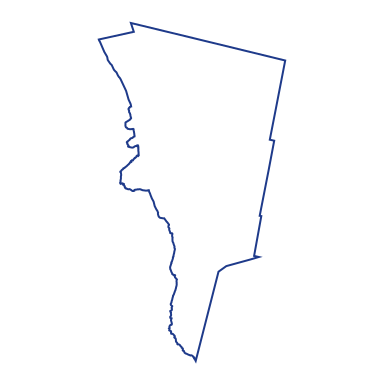 Belgrano, Santa Fe, Argentina (Equal Earth projection)
{"feature_id": "61730980B4652577007654", "entity_name": "Belgrano", "entity_type": "district", "adm_level": 2, "iso_a3": "ARG", "parent_name": "Argentina", "parent_adm1": "Santa Fe", "projection": "equal_earth", "projection_center": [-61.815, -32.699], "detail": "fine", "context": "isolated", "style": "outline", "palette": "blue", "viewbox_px": 384, "rotation_deg": 0, "n_neighbors": 0, "source": "geoboundaries", "source_scale": "gbopen_adm2", "svg_char_len": 5968}
<svg xmlns="http://www.w3.org/2000/svg" viewBox="0 0 384 384"><path d="M285.2,60.5L193.3,38.1L130.9,23.0L133.8,31.8L98.8,39.5L99.1,40.4L100.0,41.9L104.3,51.9L107.0,56.5L107.3,57.4L107.7,59.8L108.3,60.8L110.3,63.7L111.7,65.0L113.9,69.7L115.4,71.4L116.1,72.0L116.5,72.4L117.9,75.4L119.0,77.1L119.6,77.6L120.6,79.2L126.1,90.9L128.6,99.6L130.5,103.7L130.9,105.1L131.1,106.3L130.8,106.3L130.5,106.8L129.8,107.0L129.5,107.7L129.1,107.8L128.8,108.4L128.6,108.6L128.5,108.9L128.5,109.2L128.7,109.4L128.7,109.9L129.1,110.5L129.1,110.8L129.1,112.0L129.3,112.5L130.0,113.4L130.1,114.2L130.3,114.5L130.4,114.9L130.4,115.8L130.6,116.3L130.9,117.6L131.1,117.9L131.1,118.3L130.7,118.8L130.4,118.9L130.2,119.3L129.6,120.0L128.8,120.4L128.5,120.5L128.1,120.9L125.7,122.3L125.4,122.9L125.5,123.9L125.4,125.4L125.6,126.5L125.9,127.2L126.2,127.5L126.6,127.6L127.2,128.1L127.4,128.6L127.7,128.8L129.8,129.2L130.9,129.2L133.2,128.9L133.6,129.2L133.6,130.7L133.9,131.4L134.0,132.0L134.1,132.8L134.3,133.8L134.3,134.4L134.6,136.1L134.5,136.5L133.7,136.7L133.4,136.9L132.8,137.6L132.2,138.0L131.7,138.1L131.2,138.3L130.9,138.3L130.6,138.5L130.0,139.1L129.9,139.5L128.0,141.1L127.3,141.6L127.0,141.9L126.8,142.2L127.0,142.7L127.4,143.1L127.2,143.4L127.5,144.4L127.8,144.7L128.5,145.5L128.2,146.1L128.1,146.5L128.4,146.8L129.3,146.9L129.9,147.2L130.4,147.2L131.2,147.5L132.7,147.6L133.6,147.3L134.4,146.6L135.4,146.1L135.9,146.0L136.6,146.1L136.9,145.5L137.3,145.3L137.9,145.3L138.3,146.2L138.1,146.5L138.1,147.0L138.4,147.5L138.2,148.1L138.3,148.7L138.5,149.0L138.3,149.6L138.3,150.3L138.4,150.9L138.4,151.6L138.6,152.1L138.5,153.3L138.7,154.0L138.7,154.3L138.4,154.7L138.4,154.9L138.7,155.4L138.5,155.7L138.3,155.9L137.9,155.5L137.4,155.5L136.9,155.7L136.5,156.2L136.6,156.6L136.3,156.9L135.6,157.5L135.4,157.8L134.8,157.8L134.6,158.0L134.5,158.5L133.6,159.2L133.0,160.3L132.8,160.5L132.7,160.5L131.9,160.3L131.4,160.9L131.1,161.0L131.3,161.8L131.3,162.0L131.1,162.1L130.8,161.9L130.4,162.0L129.9,162.6L129.7,163.2L129.0,163.8L128.9,164.1L128.6,164.4L128.1,164.7L126.6,166.2L125.9,166.7L125.6,167.0L125.3,167.1L124.4,168.1L124.2,168.2L123.5,168.2L123.2,168.6L122.9,169.3L122.0,169.8L121.6,170.2L121.2,171.0L120.5,171.4L120.3,171.7L120.3,172.0L120.9,172.6L121.1,174.1L121.2,175.1L120.9,176.3L120.9,177.0L120.9,178.5L120.9,178.8L120.5,180.4L120.6,180.8L120.6,181.3L120.4,182.2L120.2,182.4L120.3,182.7L120.2,183.1L120.3,183.5L120.8,183.9L121.9,183.3L122.3,183.3L122.5,183.5L122.9,183.6L122.9,184.2L123.0,184.4L123.4,184.0L123.7,183.9L123.9,184.0L124.0,185.2L124.1,185.5L124.7,186.1L124.8,186.5L124.6,186.6L124.9,187.5L125.5,188.3L125.9,188.5L126.1,188.6L126.4,188.4L127.0,188.8L127.9,189.2L128.4,189.3L129.4,189.1L129.8,189.2L130.3,189.5L130.7,189.7L132.3,190.9L132.6,191.0L133.6,191.0L133.9,190.7L134.3,190.7L134.4,190.1L134.5,189.9L136.0,189.6L136.7,189.6L137.7,189.3L138.4,189.4L139.3,189.2L140.4,189.3L141.2,189.7L141.5,189.7L142.2,190.1L143.2,190.3L144.3,190.4L145.4,190.6L147.5,190.6L147.9,190.3L148.8,190.2L149.3,192.1L150.0,193.4L150.5,195.0L151.9,198.5L153.6,201.6L154.7,206.1L156.5,209.7L157.2,210.5L157.6,211.6L158.1,212.6L158.0,213.1L157.9,213.9L158.2,215.0L158.7,216.5L159.4,217.3L160.1,217.8L163.5,218.4L164.2,218.3L166.5,221.5L167.2,222.2L169.0,224.6L169.0,225.0L168.7,225.3L168.4,226.1L168.4,226.9L168.5,227.4L169.2,228.1L169.4,228.7L169.2,229.1L169.2,229.8L169.4,230.4L169.9,231.5L170.2,232.8L170.3,233.1L170.9,233.3L171.8,233.2L172.2,233.4L172.4,233.8L172.4,234.1L172.2,234.7L172.1,235.4L172.2,236.8L172.5,237.1L172.6,237.6L172.4,238.9L172.5,240.0L172.5,241.1L172.7,241.7L172.9,242.2L173.2,242.6L173.8,244.7L174.5,246.4L174.4,247.8L174.5,248.1L174.8,248.5L174.9,248.9L174.9,249.3L174.3,251.8L174.1,253.3L173.9,253.8L173.5,255.6L173.5,256.0L173.3,256.4L173.4,256.7L172.9,257.3L173.0,257.7L172.9,258.4L172.7,259.1L172.4,259.9L172.0,261.3L171.6,262.0L171.4,262.2L171.3,262.6L171.3,262.9L171.5,263.1L171.1,263.8L171.1,264.1L170.1,267.1L170.1,267.3L170.3,269.3L170.7,269.9L171.3,271.7L172.2,273.5L172.3,273.8L172.3,274.1L173.1,274.5L173.2,274.8L173.8,275.3L174.0,275.3L174.5,275.0L174.9,275.1L175.1,275.3L174.9,275.7L174.8,276.2L175.0,277.3L176.1,278.6L176.5,278.9L176.7,279.2L176.9,279.5L176.6,280.0L176.6,280.9L176.5,281.7L176.7,282.6L176.6,283.4L176.7,283.8L176.7,284.4L176.5,285.9L176.1,287.2L175.9,288.4L175.6,289.2L175.5,289.9L175.2,290.6L174.8,291.4L174.6,292.3L174.2,293.2L174.0,294.0L173.3,295.4L173.1,295.6L173.0,295.9L173.0,296.5L172.6,297.7L172.1,300.0L171.7,301.0L171.4,302.7L171.0,303.3L170.7,304.1L170.9,304.9L171.4,305.5L172.2,306.1L172.2,306.5L171.6,307.7L171.7,308.3L171.9,308.7L171.9,309.8L171.4,310.5L170.6,310.8L170.2,311.1L170.4,311.8L171.0,312.6L171.0,312.8L170.9,313.7L171.1,314.5L171.1,315.3L170.9,315.9L170.2,316.8L170.2,317.3L170.4,318.0L170.6,318.1L171.4,318.2L171.6,318.3L171.3,319.2L171.1,319.5L171.0,320.4L171.1,320.8L171.6,322.4L171.9,323.9L171.7,324.6L171.3,324.9L170.6,324.9L170.3,325.2L170.0,325.4L169.5,326.3L169.4,326.9L169.4,327.9L169.2,328.2L169.6,328.3L169.5,328.9L169.3,329.9L169.2,330.3L169.5,330.6L170.3,330.8L170.9,331.1L171.1,331.7L171.0,332.8L171.2,333.7L171.4,333.8L172.1,333.7L172.9,334.0L173.6,334.7L174.7,335.9L174.8,336.2L174.8,336.5L174.3,337.1L174.3,337.4L174.7,337.9L175.4,338.2L175.6,338.5L175.8,339.2L176.0,341.5L176.4,342.1L177.1,342.8L177.3,343.2L177.4,344.2L177.7,344.4L178.3,344.3L178.8,344.4L179.7,344.9L179.9,345.1L180.5,346.1L181.3,346.7L181.5,346.9L181.6,347.6L181.7,347.8L182.5,348.2L182.8,348.5L182.9,349.0L182.7,350.0L182.7,350.3L182.8,350.5L183.2,350.8L183.6,350.8L184.0,351.1L184.5,352.6L185.6,353.5L186.3,353.6L186.9,353.9L187.8,354.4L188.6,354.7L188.9,354.9L189.8,355.1L190.3,355.5L191.2,355.3L191.6,355.4L192.6,355.9L193.4,357.1L194.1,357.3L194.3,357.5L194.3,357.8L194.1,358.5L195.1,359.4L195.3,360.3L195.7,361.0L218.5,271.7L226.3,266.1L250.7,259.4L258.8,257.0L254.1,255.9L261.3,216.1L259.7,215.8L268.7,169.8L274.2,140.7L269.8,139.7L275.4,111.1L285.2,60.5Z" fill="none" stroke="#1e3a8a" stroke-width="2"/></svg>